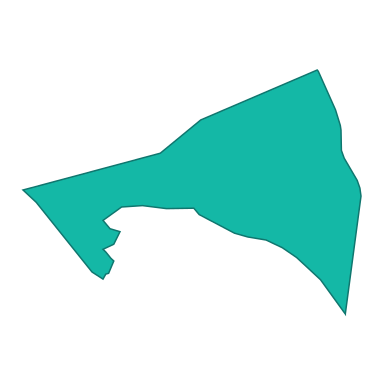 an SVG outline of Dakar
{"feature_id": "SEN-759", "entity_name": "Dakar", "entity_type": "Region", "adm_level": 1, "iso_a3": "SEN", "parent_name": "Senegal", "parent_adm1": "", "projection": "albers", "projection_center": [-17.3, 14.755], "detail": "fine", "context": "isolated", "style": "filled", "palette": "teal", "viewbox_px": 384, "rotation_deg": 0, "n_neighbors": 0, "source": "natural_earth", "source_scale": "10m", "svg_char_len": 619}
<svg xmlns="http://www.w3.org/2000/svg" viewBox="0 0 384 384"><path d="M345.3,314.0L320.5,279.7L296.6,257.5L282.3,247.7L266.0,240.0L247.9,237.0L234.5,233.2L199.2,214.6L193.8,208.2L166.4,208.6L142.5,205.6L121.6,207.0L103.0,220.4L110.0,228.7L120.0,231.7L113.8,244.2L103.0,249.3L105.8,252.0L110.9,258.3L113.8,261.0L108.6,273.3L105.8,274.1L103.0,279.1L92.0,272.0L36.2,202.3L23.0,190.0L160.3,153.2L200.8,119.9L317.2,70.0L318.3,71.3L335.5,109.8L340.3,125.4L341.0,130.1L341.4,150.4L344.2,158.2L357.2,180.4L359.9,188.1L361.0,196.1L345.4,313.3L345.3,313.8L345.3,314.0Z" fill="#14b8a6" stroke="#0f766e" stroke-width="1.5"/></svg>